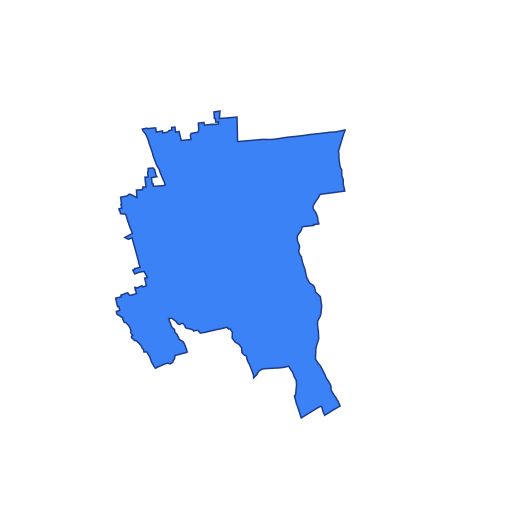 the district of La Magdalena Tlaltelulco, Tlaxcala, Mexico, rotated 52°
{"feature_id": "50627088B59456591358447", "entity_name": "La Magdalena Tlaltelulco", "entity_type": "district", "adm_level": 2, "iso_a3": "MEX", "parent_name": "Mexico", "parent_adm1": "Tlaxcala", "projection": "orthographic", "projection_center": [-98.191, 19.28], "detail": "fine", "context": "isolated", "style": "filled", "palette": "blue", "viewbox_px": 512, "rotation_deg": 52, "n_neighbors": 0, "source": "geoboundaries", "source_scale": "gbopen_adm2", "svg_char_len": 6094}
<svg xmlns="http://www.w3.org/2000/svg" viewBox="0 0 512 512"><g transform="rotate(52 256 256)"><path d="M119.6,195.1L116.6,200.4L122.0,204.1L122.6,203.3L125.7,205.3L127.4,202.9L128.2,203.8L128.9,204.4L125.5,209.5L125.3,209.3L121.1,216.1L118.7,214.8L115.8,219.6L116.2,220.0L118.6,221.5L120.5,222.9L121.4,223.6L122.8,225.3L119.5,231.6L120.4,233.4L124.2,235.6L118.8,243.9L117.8,243.3L115.5,242.2L112.3,240.8L110.5,239.9L108.9,243.1L104.5,240.5L102.7,243.4L104.9,244.6L103.6,247.3L104.0,249.3L101.7,253.7L99.8,252.7L97.0,258.3L93.3,256.2L91.4,258.9L89.0,263.0L88.1,263.2L86.0,267.5L87.4,267.8L88.6,268.0L91.6,267.9L92.2,268.0L93.3,268.1L94.0,268.3L96.0,268.9L97.7,269.4L98.8,269.8L100.1,270.2L100.6,270.5L101.4,270.9L102.7,271.3L104.9,272.0L106.9,272.7L108.5,273.3L110.7,274.0L113.2,275.2L118.0,276.8L120.1,277.3L121.9,278.0L123.7,278.4L125.1,278.6L127.1,278.8L127.8,278.9L128.9,279.3L131.2,280.1L134.4,281.0L142.5,283.1L144.2,283.8L142.7,287.3L142.4,287.4L137.9,294.0L135.9,292.7L135.3,293.4L129.9,290.2L132.5,285.3L130.9,285.1L127.2,283.5L125.5,282.7L124.4,282.9L123.3,282.8L121.8,285.2L120.6,286.9L120.6,287.1L122.7,288.6L122.7,289.2L123.4,289.9L127.4,292.4L125.5,294.9L128.8,297.1L129.5,297.5L134.0,300.3L131.9,302.7L133.8,304.6L131.7,307.9L130.4,309.6L134.1,312.1L136.1,313.4L136.6,313.7L134.3,315.0L132.3,315.9L129.8,317.1L129.2,317.9L129.2,318.4L129.3,319.5L129.3,319.9L129.3,320.3L129.3,320.7L128.0,323.2L126.3,326.5L132.4,330.1L132.2,330.7L135.4,332.2L135.6,332.2L134.4,335.0L134.6,335.1L136.1,335.8L136.5,335.4L139.3,336.7L140.0,335.9L141.3,334.7L142.0,333.5L142.5,333.2L143.2,333.2L144.4,333.6L145.7,334.0L147.3,334.6L148.3,335.0L149.1,335.5L150.1,335.8L150.7,336.0L151.2,336.0L151.6,336.0L151.8,336.2L152.5,336.6L156.2,337.8L162.2,339.5L160.6,348.0L164.3,346.3L165.4,342.5L188.2,352.0L188.6,352.4L192.4,353.9L193.7,354.3L191.2,359.4L191.9,359.7L191.3,361.8L195.5,362.6L196.8,358.2L199.2,353.7L203.2,354.3L205.3,354.7L206.2,355.0L204.9,357.4L208.9,359.2L209.3,359.5L212.0,360.6L210.9,364.1L209.2,364.1L207.8,370.0L206.6,370.0L206.2,371.0L212.1,373.3L209.5,379.6L209.0,379.9L208.2,379.8L207.4,379.8L206.8,379.8L206.0,379.7L205.7,380.2L203.7,386.6L205.3,387.3L203.4,391.2L202.8,392.6L210.7,396.3L211.3,395.1L215.0,396.9L213.7,400.2L215.4,401.1L216.5,401.4L217.6,401.0L218.7,400.3L220.8,400.0L222.5,398.8L224.1,400.0L226.1,400.5L227.2,400.6L228.7,399.4L232.6,399.2L235.2,399.5L238.0,400.6L238.9,401.8L242.2,402.1L242.7,402.1L242.6,403.6L243.4,404.2L244.5,404.3L246.0,403.9L247.9,403.7L249.0,402.6L249.8,402.4L251.4,402.1L253.8,401.9L255.7,401.7L258.4,402.4L260.5,402.3L262.8,403.4L263.8,401.7L264.7,401.1L266.9,401.5L269.6,401.7L271.9,402.4L274.3,403.3L276.4,403.8L279.4,404.2L282.5,404.4L282.8,403.5L282.7,401.6L283.1,401.6L284.4,396.4L285.0,394.2L285.9,391.6L288.0,390.2L288.3,389.8L288.4,387.1L288.4,386.7L287.8,386.1L286.8,383.5L284.5,380.9L285.9,378.0L286.1,377.6L287.4,374.2L289.1,370.6L289.3,369.3L288.3,368.9L286.6,368.2L283.4,367.2L281.0,366.5L278.8,366.2L277.4,366.7L274.5,367.8L273.4,367.5L271.6,367.1L269.5,366.6L267.2,366.7L265.8,366.8L264.6,365.9L263.5,365.5L262.6,365.8L261.3,366.0L259.3,366.0L257.2,365.1L255.5,364.6L252.1,363.6L251.7,363.5L252.1,362.4L253.2,360.7L254.6,360.3L256.1,359.9L257.9,359.4L258.9,359.3L260.9,359.5L262.0,359.0L263.0,358.4L263.2,356.4L263.9,355.3L265.3,355.0L267.4,355.0L268.5,355.6L269.3,355.5L270.4,355.1L271.6,353.9L273.1,352.7L274.6,351.7L275.3,351.4L276.1,351.3L277.0,351.2L277.1,350.7L277.5,349.5L278.0,348.4L278.9,347.7L279.6,347.5L280.9,347.5L281.9,347.5L282.5,347.2L283.0,346.7L283.1,346.3L283.5,345.1L284.1,344.5L284.3,344.1L286.8,338.7L291.1,329.6L292.4,327.1L293.3,324.9L294.3,322.7L296.6,322.7L297.1,321.4L301.4,321.5L306.1,325.4L311.3,325.3L315.3,323.8L319.5,323.9L323.4,326.6L327.3,326.1L328.1,325.3L329.0,325.2L329.9,325.7L330.6,326.0L331.6,326.6L334.4,327.4L337.7,328.0L339.5,328.5L346.0,330.5L347.9,331.1L348.7,331.6L350.1,332.6L350.6,332.9L350.2,330.4L350.1,329.0L349.8,327.9L349.3,326.8L348.9,326.1L348.5,324.5L348.5,323.5L348.7,322.2L348.9,320.8L349.5,319.6L350.1,318.7L350.8,317.6L353.1,314.3L356.1,309.9L357.5,308.1L359.1,305.5L360.1,304.0L360.8,302.8L362.9,298.2L366.4,298.5L370.6,298.8L374.5,300.2L378.7,300.8L382.5,303.4L389.2,309.7L390.1,311.2L389.8,311.6L390.2,312.0L395.6,314.3L396.4,314.7L397.8,315.3L399.2,315.6L403.7,317.2L406.4,318.2L411.5,320.1L411.6,319.4L411.7,317.7L412.3,312.4L412.4,311.1L412.6,310.2L413.0,305.7L413.3,303.5L413.5,301.7L413.7,300.4L413.7,300.1L413.8,299.6L414.3,297.9L414.6,297.3L414.9,296.9L417.1,297.8L419.4,298.8L422.0,299.5L423.8,300.0L423.8,299.6L424.4,294.9L424.8,290.5L426.0,282.1L424.6,281.7L422.7,281.3L421.0,280.7L419.1,280.7L417.2,280.3L413.0,280.1L408.6,279.5L407.3,279.1L406.3,278.1L403.5,276.6L399.8,276.1L394.9,275.7L392.2,274.8L385.9,273.5L382.4,272.9L379.0,273.0L375.1,272.8L374.0,272.7L366.4,266.4L364.3,264.0L359.8,257.5L353.7,253.2L348.2,250.0L345.1,247.4L343.3,243.1L341.4,240.3L335.8,235.0L327.6,230.3L321.1,231.3L317.1,229.3L314.6,228.9L310.2,230.4L303.7,229.2L297.0,225.8L293.7,224.7L289.7,223.3L288.3,222.6L286.5,221.8L284.6,220.7L282.8,220.7L280.9,220.4L278.8,219.6L277.0,217.5L275.1,215.6L274.7,215.4L270.2,214.3L266.4,211.9L265.2,210.1L263.8,205.1L263.0,203.7L261.9,202.2L261.4,201.7L261.8,200.9L267.5,191.6L266.7,191.2L269.2,187.2L269.4,186.7L268.5,186.2L267.6,186.1L266.4,185.5L264.6,184.3L262.5,183.3L258.9,182.2L254.4,181.9L252.2,180.8L251.7,180.0L250.8,178.2L249.6,174.9L248.3,170.7L247.7,169.4L246.9,167.5L247.0,167.3L253.2,156.9L258.7,147.4L259.0,147.0L259.5,146.0L253.2,143.1L249.7,140.3L245.5,139.0L240.7,135.3L238.5,135.1L237.3,134.6L236.1,134.0L232.7,132.1L228.6,129.5L226.6,127.8L225.6,127.2L224.4,126.8L215.8,114.7L215.3,113.9L213.7,111.6L211.7,108.3L211.5,107.6L211.3,108.6L207.8,115.8L206.5,118.1L206.2,118.5L205.2,119.9L204.2,121.2L203.6,122.0L203.0,123.3L200.7,127.0L198.6,130.5L193.5,138.7L190.8,143.5L188.2,147.8L186.0,151.4L181.8,158.0L178.9,163.2L175.5,169.3L175.0,170.1L172.9,173.1L168.1,179.1L164.1,185.3L154.5,200.1L145.8,193.6L134.8,185.4L129.7,193.3L125.1,200.2L119.6,195.1Z" fill="#3b82f6" stroke="#1e3a8a" stroke-width="1.5"/></g></svg>